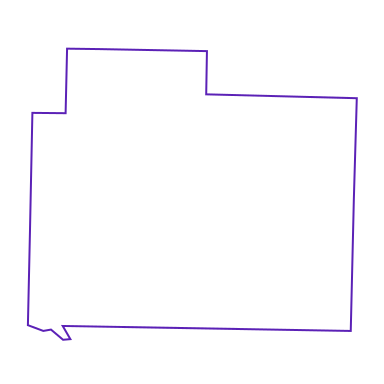 the district of St. Clair, Missouri, United States of America, rotated 179°
{"feature_id": "52423323B7145650265545", "entity_name": "St. Clair", "entity_type": "district", "adm_level": 2, "iso_a3": "USA", "parent_name": "United States of America", "parent_adm1": "Missouri", "projection": "orthographic", "projection_center": [-93.674, 38.024], "detail": "fine", "context": "isolated", "style": "outline", "palette": "violet", "viewbox_px": 384, "rotation_deg": 179, "n_neighbors": 0, "source": "geoboundaries", "source_scale": "gbopen_adm2", "svg_char_len": 360}
<svg xmlns="http://www.w3.org/2000/svg" viewBox="0 0 384 384"><g transform="rotate(179 192 192)"><path d="M282.0,336.5L314.4,337.5L317.0,273.0L350.2,273.9L354.7,155.3L358.4,61.7L343.1,55.7L335.4,56.9L323.5,46.5L316.2,47.0L323.6,60.3L35.7,50.3L30.3,182.1L25.6,282.9L176.1,289.4L174.6,332.6L282.0,336.5Z" fill="none" stroke="#5b21b6" stroke-width="2"/></g></svg>